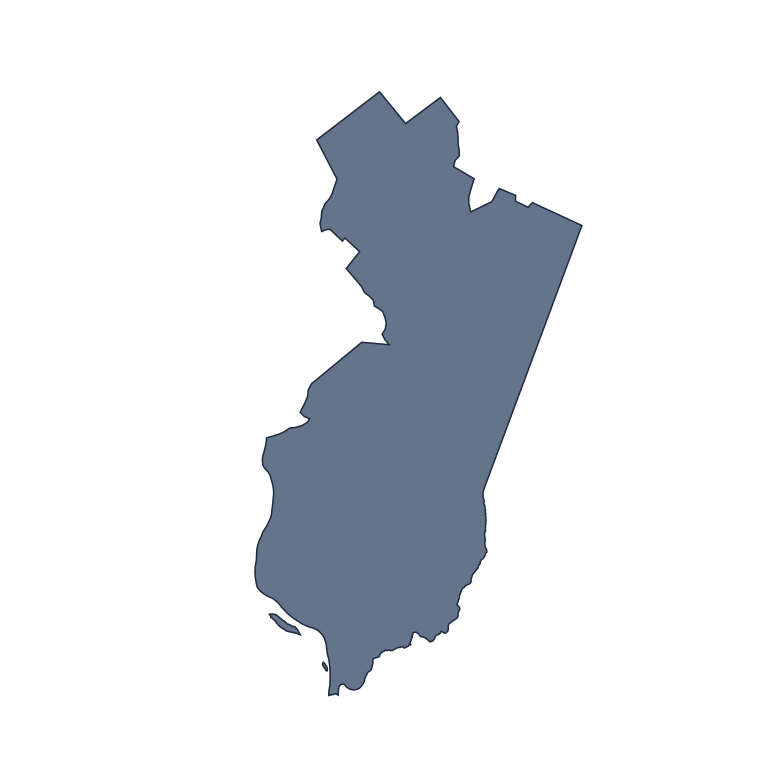 the district of Capital, Misiones, Argentina, rotated 227°
{"feature_id": "61730980B30289947598516", "entity_name": "Capital", "entity_type": "district", "adm_level": 2, "iso_a3": "ARG", "parent_name": "Argentina", "parent_adm1": "Misiones", "projection": "robinson", "projection_center": [-55.968, -27.541], "detail": "fine", "context": "isolated", "style": "filled", "palette": "slate", "viewbox_px": 768, "rotation_deg": 227, "n_neighbors": 0, "source": "geoboundaries", "source_scale": "gbopen_adm2", "svg_char_len": 6137}
<svg xmlns="http://www.w3.org/2000/svg" viewBox="0 0 768 768"><g transform="rotate(227 384 384)"><path d="M364.9,636.8L415.5,616.2L415.1,609.9L428.0,604.8L432.2,608.9L448.4,601.6L447.4,597.7L443.8,587.2L450.7,564.7L458.9,569.7L463.1,573.9L466.4,579.1L472.6,589.9L495.5,583.1L499.0,588.5L499.5,594.7L503.5,598.3L508.6,601.6L513.1,605.7L517.8,609.5L523.0,612.6L524.8,617.9L555.1,620.7L559.8,577.4L600.8,580.0L608.4,501.2L565.8,489.3L561.7,481.4L558.6,476.1L556.6,470.2L556.1,464.0L552.6,456.0L548.4,451.6L545.0,446.6L538.0,442.3L536.5,446.7L533.9,450.0L516.9,451.0L517.4,455.0L497.4,456.4L494.2,435.1L470.5,434.0L464.1,432.1L458.2,433.2L452.6,433.3L447.5,430.1L443.3,431.4L437.8,432.5L432.2,430.2L426.9,427.1L423.3,422.3L421.6,416.5L415.8,414.9L409.2,414.6L429.7,396.2L433.6,331.2L431.4,324.7L427.4,320.2L424.7,314.7L420.5,303.4L414.7,303.5L409.2,305.9L408.2,301.4L409.7,295.4L412.5,289.8L416.2,284.9L417.0,279.0L418.8,273.2L424.7,261.3L422.2,258.6L419.2,254.6L417.0,251.2L413.9,246.1L411.4,243.2L407.6,240.3L405.6,239.6L402.6,239.2L398.9,239.3L394.3,238.1L385.6,233.6L381.7,230.8L378.9,228.4L375.3,224.2L372.8,221.6L368.4,216.2L365.7,213.1L363.8,210.5L362.6,207.6L361.0,203.7L359.8,200.1L358.8,195.9L357.7,192.9L356.6,191.0L354.6,186.2L352.1,181.5L349.4,177.8L344.0,172.3L341.6,169.8L339.8,167.2L336.8,163.6L333.3,160.3L329.8,157.6L324.6,154.2L321.6,152.7L319.7,152.4L316.7,152.4L313.5,152.8L310.1,153.6L306.8,154.7L303.3,156.4L297.4,157.3L293.3,157.3L290.7,156.8L286.8,156.9L282.5,156.9L276.9,157.6L272.6,158.4L269.3,159.3L264.7,160.4L260.5,162.2L259.6,162.4L251.8,166.7L248.9,167.6L245.5,167.9L242.6,167.8L239.1,167.2L233.6,164.6L231.1,162.8L228.4,160.6L225.4,158.7L219.8,155.5L215.0,152.1L211.4,149.2L206.5,144.9L204.2,142.5L200.7,139.1L199.0,136.8L196.6,133.9L193.9,131.2L190.1,137.7L187.7,138.2L191.9,142.8L193.4,144.9L193.7,146.0L193.7,146.8L193.6,147.7L193.1,148.7L191.7,150.1L191.1,150.3L189.9,150.1L189.2,149.8L188.5,149.8L186.1,150.3L184.6,150.7L183.4,151.4L181.9,152.4L180.7,153.6L179.6,155.0L179.3,155.7L179.1,155.9L178.9,156.4L178.5,157.5L178.3,159.0L178.3,160.3L178.5,162.0L179.1,164.7L179.6,166.0L180.5,167.7L181.5,168.9L182.0,169.9L184.0,175.1L184.1,175.8L184.0,176.8L183.8,177.7L183.7,178.6L183.9,180.1L184.3,180.9L185.4,182.4L186.2,183.4L186.6,184.1L187.0,185.0L187.8,185.9L188.6,186.4L189.1,187.1L189.8,187.7L190.2,188.2L190.2,188.9L190.2,189.6L189.6,191.0L189.2,191.8L188.6,192.4L188.3,193.1L188.2,193.9L187.9,194.5L188.1,195.3L188.6,196.0L189.2,197.3L189.3,199.6L188.4,201.8L188.5,203.5L188.4,203.7L188.1,203.8L187.2,204.2L186.5,205.3L186.2,206.1L184.9,206.6L183.8,207.9L183.7,208.0L182.7,210.4L182.5,212.6L182.4,212.9L182.3,213.1L181.8,214.3L181.1,215.0L179.5,218.2L178.8,218.3L178.3,218.4L176.8,219.0L176.6,219.9L176.5,220.4L176.5,221.4L176.0,221.8L175.6,223.0L176.0,224.0L176.0,224.8L175.0,225.5L175.3,226.0L176.4,226.2L176.9,226.4L177.5,227.5L177.8,228.3L177.9,228.8L178.9,230.2L179.3,231.5L179.7,232.3L180.7,232.8L180.9,233.3L181.2,234.4L182.0,235.2L182.2,236.3L181.6,237.0L181.2,237.5L180.7,238.2L179.2,238.5L178.5,238.8L177.9,238.9L176.6,238.8L176.1,238.8L175.2,238.6L174.0,238.8L173.1,239.6L172.5,239.8L171.9,240.3L170.5,240.9L169.6,241.2L168.0,241.3L167.0,241.6L166.5,241.6L165.0,241.6L163.8,242.0L163.5,242.3L163.6,243.1L163.5,243.6L162.7,244.4L163.0,245.4L163.1,246.6L163.2,247.0L163.2,247.6L164.2,248.6L164.5,249.5L164.5,250.1L164.3,251.4L163.8,252.5L163.5,253.8L163.4,254.6L163.4,255.5L163.8,256.0L164.3,256.7L163.7,257.3L163.1,257.7L162.5,257.8L161.9,257.8L161.2,258.0L160.3,258.5L159.8,259.1L159.7,260.6L159.6,261.8L160.3,263.1L161.4,264.4L162.3,265.0L163.0,265.7L163.5,266.6L164.2,267.5L164.3,268.4L164.1,269.7L163.8,270.5L163.8,271.6L163.9,272.5L163.4,273.7L163.4,274.9L163.2,276.1L163.1,277.3L163.1,278.0L163.4,279.2L163.8,279.9L164.3,280.5L164.8,280.8L165.7,281.3L166.0,282.0L166.5,283.3L166.9,284.1L167.1,285.2L167.9,285.8L168.4,286.4L169.4,286.9L170.2,287.1L171.6,286.9L172.5,286.9L173.2,287.0L173.5,288.0L174.0,289.0L174.2,289.9L175.2,290.9L175.5,292.3L176.1,293.1L176.7,293.7L177.1,294.0L177.8,295.1L178.5,296.4L178.9,297.4L179.4,298.3L179.8,298.7L180.7,301.0L180.9,301.9L180.6,303.8L180.6,304.5L180.9,306.0L180.9,306.6L180.5,307.6L180.0,308.3L179.9,309.0L179.8,309.9L179.4,310.8L179.6,311.5L179.9,312.8L180.6,313.6L181.6,314.3L182.1,314.8L182.5,315.9L182.7,316.3L183.7,317.7L184.2,319.1L184.6,319.9L184.6,320.4L184.7,321.3L184.7,322.2L185.0,324.3L185.2,324.8L185.1,325.9L185.3,327.1L186.8,329.4L186.7,330.8L187.2,331.9L187.8,332.4L188.4,333.3L189.0,334.9L189.0,335.7L188.9,336.4L188.7,337.3L189.0,338.1L189.1,338.9L189.1,339.5L190.2,341.9L190.7,342.7L191.0,343.1L190.9,344.6L191.3,345.1L192.0,345.4L192.4,345.6L193.1,346.2L193.5,346.4L194.6,346.4L195.0,346.7L196.6,347.2L197.5,348.2L198.6,348.7L199.1,349.5L199.6,350.1L200.7,351.7L201.0,351.9L201.6,352.5L203.1,353.1L203.9,353.9L205.2,354.7L205.7,355.4L206.6,356.2L206.9,357.4L207.7,358.5L208.6,359.1L209.5,360.1L210.4,360.9L211.1,361.6L212.0,362.6L212.6,363.5L213.2,363.9L214.1,364.9L214.4,365.5L216.3,366.8L217.1,367.7L218.3,368.5L219.0,368.6L219.5,369.8L219.8,370.0L220.4,370.1L221.2,370.8L222.7,372.4L223.8,372.8L225.6,374.4L227.2,375.2L228.0,375.3L229.3,376.2L229.8,377.4L231.3,378.1L232.9,379.0L233.8,379.4L235.9,381.5L236.6,382.0L237.1,382.2L239.6,386.6L364.9,636.8ZM290.4,142.1L289.9,142.6L289.8,142.4L288.2,142.5L286.7,142.5L284.7,142.9L283.1,142.4L281.3,142.4L279.5,142.2L275.9,142.7L274.1,143.2L270.9,144.0L269.3,144.5L268.1,145.3L267.0,146.1L265.9,146.7L265.5,147.5L264.9,147.4L264.6,147.6L263.2,148.7L261.0,150.2L258.9,151.0L257.7,151.8L259.4,152.1L261.4,152.7L263.1,153.2L263.7,153.3L264.9,153.2L266.6,153.4L266.6,153.2L266.9,153.2L267.8,152.9L269.7,151.7L270.6,151.3L273.1,150.6L274.4,149.6L276.7,149.6L278.5,149.5L280.0,148.7L280.6,148.7L281.6,148.6L284.7,148.4L285.9,148.0L287.5,147.9L289.1,147.6L290.3,146.7L291.5,145.9L293.1,144.2L293.8,143.2L292.0,142.9L290.4,142.1ZM215.1,146.2L214.3,146.1L213.0,146.6L213.7,147.9L215.0,148.7L216.6,149.5L218.6,149.7L219.9,150.0L220.8,149.9L221.9,149.9L221.7,148.9L221.0,147.9L220.1,147.4L217.2,146.7L216.2,147.2L215.1,146.2Z" fill="#64748b" stroke="#1e293b" stroke-width="1.5"/></g></svg>